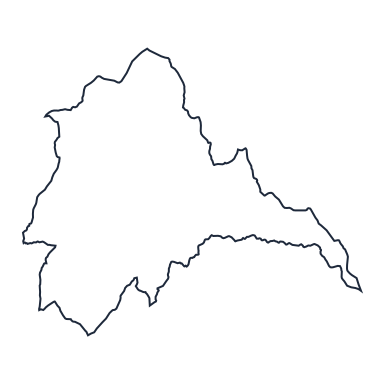 outline of San Bernardo, Nariño, Colombia
{"feature_id": "7082276B75597823165208", "entity_name": "San Bernardo", "entity_type": "district", "adm_level": 2, "iso_a3": "COL", "parent_name": "Colombia", "parent_adm1": "Nariño", "projection": "equal_earth", "projection_center": [-77.01, 1.531], "detail": "fine", "context": "isolated", "style": "outline", "palette": "slate", "viewbox_px": 384, "rotation_deg": 0, "n_neighbors": 0, "source": "geoboundaries", "source_scale": "gbopen_adm2", "svg_char_len": 5921}
<svg xmlns="http://www.w3.org/2000/svg" viewBox="0 0 384 384"><path d="M45.3,116.5L49.1,115.8L52.0,118.5L53.4,120.3L55.2,121.7L57.5,122.0L58.4,125.3L58.8,128.0L59.3,136.7L57.4,138.2L56.8,139.4L54.9,141.9L54.7,143.2L55.1,145.0L54.7,147.4L55.7,152.5L56.8,156.2L57.8,157.1L59.5,157.5L59.6,158.8L59.4,159.6L59.2,161.8L58.6,163.6L57.9,167.0L57.5,168.2L56.4,170.1L53.8,173.7L52.3,177.3L51.3,180.8L46.9,186.4L44.9,189.7L39.8,193.8L38.7,195.0L37.2,197.2L36.3,202.8L35.8,204.3L33.7,208.4L33.2,209.9L32.9,213.8L33.0,217.5L31.5,222.7L31.1,223.4L29.5,223.9L29.2,225.8L28.5,225.8L27.1,227.6L26.9,229.4L26.3,230.4L24.8,231.0L23.0,232.7L24.1,238.6L23.2,241.2L23.6,242.9L23.9,242.6L24.9,242.5L25.5,243.3L25.9,243.4L26.7,243.1L27.6,243.9L29.8,243.2L30.6,243.1L31.5,243.4L32.4,243.1L33.6,242.3L36.1,242.4L37.3,241.6L37.8,241.5L39.4,242.3L42.7,241.6L44.2,242.3L47.9,244.9L49.8,244.9L50.9,245.2L55.5,245.7L55.1,247.3L49.9,252.5L48.4,254.4L47.4,256.7L46.1,257.8L45.7,258.9L45.7,260.2L46.4,263.3L44.5,263.3L44.0,263.8L42.7,266.6L41.7,268.0L41.4,269.9L40.0,272.7L39.7,274.7L40.4,279.9L40.2,284.3L39.7,285.6L40.1,291.9L39.9,295.4L40.5,298.7L39.7,306.6L39.1,309.0L39.2,310.1L40.8,309.3L43.3,310.0L45.0,308.4L45.7,307.5L48.1,305.5L53.1,302.2L54.4,301.5L54.9,301.6L57.4,305.6L59.5,307.8L60.4,310.8L63.0,315.3L65.2,318.4L66.4,319.0L70.8,319.2L71.2,320.0L72.5,321.3L73.2,321.6L75.0,321.8L80.0,324.2L85.5,331.0L86.3,331.6L88.0,335.3L90.9,333.6L94.2,332.3L96.8,328.5L102.4,322.3L106.0,318.6L109.6,313.0L112.2,310.5L112.8,310.1L114.8,309.8L116.4,308.6L120.2,300.1L120.6,297.8L120.5,296.2L120.7,295.6L124.1,291.0L125.2,287.9L127.1,285.8L129.8,284.7L131.8,281.5L133.0,280.6L133.7,279.8L134.3,278.2L136.8,277.6L137.5,282.7L136.7,284.7L135.8,286.1L137.8,289.2L138.4,289.8L139.6,290.6L140.1,290.6L143.2,292.0L144.5,292.2L145.5,292.1L145.9,293.0L147.1,294.2L149.1,297.5L149.4,298.3L149.8,305.6L154.5,302.2L155.9,301.5L156.2,300.6L155.6,299.4L155.6,296.8L157.0,294.1L157.4,292.4L158.4,291.1L158.7,290.3L157.5,289.2L157.5,288.3L163.0,285.9L166.2,281.2L168.1,278.7L168.5,277.0L168.0,275.7L167.9,274.3L168.8,271.7L168.9,268.4L169.6,266.9L170.0,264.7L171.3,261.9L172.1,261.6L173.8,261.8L177.6,263.2L179.9,262.6L180.6,263.4L181.6,263.3L181.9,263.6L184.2,266.3L184.4,266.4L185.7,265.7L186.5,266.6L186.8,266.5L187.8,265.5L188.5,264.3L189.3,260.4L189.8,258.9L190.2,258.2L191.0,257.8L192.6,257.9L193.3,257.2L194.2,257.1L195.0,255.8L196.0,254.8L198.1,254.7L198.6,254.4L198.6,253.4L198.4,252.4L198.6,250.8L198.4,249.9L198.2,247.2L198.3,246.3L198.8,245.5L202.6,243.8L203.9,242.5L204.8,240.0L205.4,239.4L208.2,239.2L209.3,238.1L210.8,235.9L211.7,235.2L213.3,236.0L218.0,235.8L220.7,236.3L222.2,237.7L223.3,238.2L224.7,237.9L228.4,236.2L229.3,236.2L231.6,237.3L234.5,240.3L235.0,241.1L235.3,241.3L237.5,240.5L241.7,239.7L242.9,238.1L243.1,238.0L244.3,238.8L244.9,238.9L246.9,236.9L248.4,236.9L251.2,235.6L252.7,235.1L253.8,235.2L254.8,235.6L256.7,238.6L258.4,238.7L259.3,238.3L260.2,238.5L260.7,238.7L261.6,240.2L262.7,240.3L264.1,239.7L265.0,239.7L265.7,240.1L267.1,242.1L267.8,242.5L268.5,242.5L269.1,241.9L270.6,241.1L272.4,241.0L274.2,240.5L275.4,241.3L276.9,241.6L278.5,242.7L279.0,242.7L279.9,241.7L280.6,241.5L283.0,241.8L284.5,242.9L286.0,244.5L286.8,244.5L288.7,243.2L289.5,243.1L292.4,244.9L298.7,245.7L300.5,244.5L301.3,244.3L302.8,245.6L303.3,246.7L304.2,247.2L306.4,246.5L307.8,245.7L308.4,245.5L310.4,245.7L313.6,244.2L314.5,244.0L315.0,244.2L317.7,245.4L320.0,247.5L320.3,249.2L321.0,249.9L321.0,250.4L320.5,251.7L320.6,253.7L322.1,255.8L324.1,257.2L324.5,257.8L325.4,259.5L326.8,261.4L329.0,265.9L330.3,267.2L331.2,267.4L332.9,267.3L337.7,265.9L340.0,266.1L341.2,268.5L341.4,270.4L341.8,271.3L341.6,276.9L341.9,278.2L342.7,279.4L344.4,281.4L347.1,285.7L351.2,287.3L355.3,288.0L357.7,288.8L359.2,289.5L361.0,290.8L358.6,284.5L356.6,278.1L351.9,275.1L349.9,273.5L347.7,271.1L347.2,270.1L347.0,268.3L347.1,264.8L347.9,256.7L347.3,254.6L345.1,249.4L343.6,248.3L342.8,246.3L340.9,244.0L340.2,242.9L339.5,241.2L338.9,240.3L337.9,240.2L334.3,240.9L326.6,230.3L321.0,225.3L318.7,223.6L317.5,220.4L315.4,217.6L310.8,209.4L310.0,208.5L308.3,208.2L307.5,208.7L306.7,210.0L305.4,210.4L295.3,210.4L293.5,210.2L290.9,208.4L289.4,207.8L286.8,208.0L284.6,207.8L283.0,206.3L278.9,199.6L275.2,196.5L272.6,193.4L271.2,192.8L269.2,193.0L267.9,193.5L264.8,195.6L264.3,195.5L260.3,191.8L260.3,189.5L259.5,187.1L258.8,185.1L256.8,181.7L257.2,180.6L256.9,179.6L256.1,178.9L254.1,178.1L253.4,177.0L253.1,175.2L252.5,170.2L251.5,168.4L251.3,166.0L248.1,160.1L247.5,158.6L247.1,155.8L246.6,150.0L245.8,148.5L245.4,148.3L242.2,150.3L240.0,150.2L238.0,149.5L237.4,152.2L236.9,153.6L235.8,155.4L234.2,158.7L231.8,160.9L228.2,162.9L226.1,163.4L225.2,162.8L224.8,162.8L224.1,163.7L222.6,164.3L217.9,164.0L215.4,164.5L214.5,165.0L214.1,165.0L213.6,164.5L212.4,160.7L211.4,159.2L211.1,156.3L209.9,154.6L209.3,153.1L209.3,151.1L210.0,148.8L210.1,146.7L210.8,144.3L210.6,143.0L209.9,142.5L208.4,142.9L208.1,142.7L207.3,140.3L202.9,136.2L201.2,133.9L200.7,131.0L200.9,125.4L200.6,122.1L199.0,117.5L198.6,117.2L197.2,117.2L194.3,118.3L191.9,117.9L191.3,117.6L190.7,117.2L189.0,115.2L188.2,113.4L188.0,111.7L187.5,110.9L186.9,110.3L185.2,109.8L183.7,107.9L183.0,107.5L183.3,105.3L184.1,102.3L184.0,99.8L184.5,98.7L183.7,95.4L184.6,92.2L184.3,88.3L184.4,86.5L184.1,85.4L183.2,82.8L177.8,72.8L174.9,69.0L171.6,66.9L171.3,66.4L170.7,63.5L169.5,61.1L169.5,59.6L168.2,58.1L165.1,57.6L161.2,56.3L149.4,50.5L147.2,48.7L142.3,51.8L139.7,54.0L132.2,61.4L126.7,73.0L121.4,81.2L119.3,82.6L117.6,82.4L114.3,80.7L104.1,78.9L101.8,77.7L100.4,76.6L98.9,76.2L97.3,76.6L93.8,80.5L91.0,82.8L86.2,85.8L85.1,86.8L84.1,89.6L83.3,95.5L82.5,97.2L82.3,98.1L82.6,100.7L82.3,101.3L81.0,102.4L79.1,103.4L76.9,106.6L75.1,107.3L73.2,106.9L72.1,107.7L70.7,110.1L67.4,109.8L65.1,109.2L62.2,109.9L60.6,110.0L58.6,110.6L54.1,110.5L51.8,111.0L49.2,112.4L46.4,114.7L45.3,116.5Z" fill="none" stroke="#1e293b" stroke-width="2"/></svg>